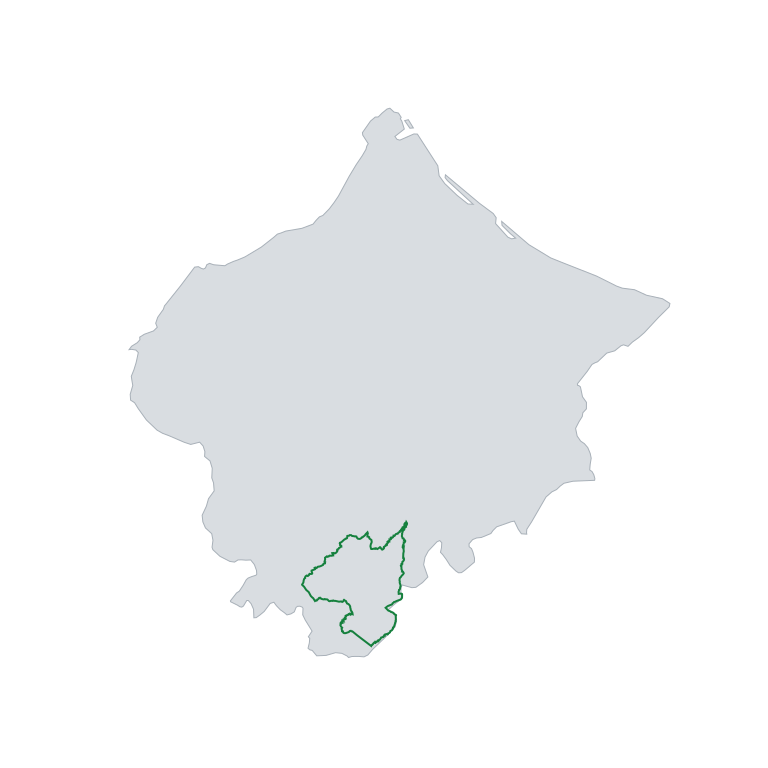 Kabadougou, Denguélé, Ivory Coast (highlighted), rotated 226°
{"feature_id": "98640826B2974603948771", "entity_name": "Kabadougou", "entity_type": "district", "adm_level": 2, "iso_a3": "CIV", "parent_name": "Ivory Coast", "parent_adm1": "Denguélé", "projection": "natural_earth1", "projection_center": [-7.327, 9.255], "detail": "fine", "context": "in_parent", "style": "outline", "palette": "green", "viewbox_px": 768, "rotation_deg": 226, "n_neighbors": 0, "source": "geoboundaries", "source_scale": "gbopen_adm2", "svg_char_len": 9745}
<svg xmlns="http://www.w3.org/2000/svg" viewBox="0 0 768 768"><g transform="rotate(226 384 384)"><path d="M211.9,168.5L214.0,168.5L219.5,166.6L224.4,162.5L229.0,153.8L235.2,146.8L242.2,147.3L244.3,146.0L246.7,145.8L249.6,150.4L252.6,153.9L254.7,154.0L256.2,160.6L269.0,163.4L274.4,165.2L279.0,170.0L280.6,170.1L282.6,169.1L284.1,167.4L284.4,165.6L282.4,161.2L283.3,157.3L285.3,153.8L288.6,153.5L293.6,152.6L299.3,152.6L303.5,153.2L305.2,149.7L303.6,139.8L304.0,134.4L304.7,129.8L306.2,128.0L312.6,133.7L318.3,135.8L322.5,136.0L323.6,134.9L321.9,128.6L322.3,126.7L323.9,125.6L326.6,125.0L333.9,122.4L334.7,122.9L336.1,132.8L335.5,136.0L337.0,142.8L338.9,149.0L338.8,151.5L337.2,155.4L335.4,159.0L335.6,160.4L338.5,162.8L344.1,165.3L350.0,165.9L353.2,162.3L356.6,159.3L358.9,156.7L359.7,152.8L363.4,149.9L374.0,146.3L383.7,145.8L386.0,146.9L390.4,152.4L396.0,156.1L404.5,155.6L410.6,157.9L415.9,162.0L419.5,171.4L423.4,178.1L425.1,187.6L431.3,192.7L436.1,194.9L442.7,201.9L449.5,205.4L456.5,204.6L459.8,208.2L465.0,210.8L470.2,211.0L474.8,203.0L480.9,199.8L496.2,193.4L502.3,190.5L508.4,188.7L523.2,188.1L536.9,190.1L543.8,191.6L548.4,190.5L552.9,194.3L557.5,202.3L561.2,204.8L565.1,207.6L567.9,213.9L571.3,220.1L573.1,222.9L577.3,229.1L580.8,229.1L584.3,226.5L585.8,224.5L586.5,228.6L585.1,235.2L585.4,239.2L587.4,240.8L586.3,246.1L582.3,255.0L582.3,260.3L586.3,262.0L589.2,267.6L591.0,277.2L592.7,280.4L592.9,282.4L595.9,305.7L599.6,329.0L597.3,332.0L594.1,332.9L592.1,334.0L591.5,336.2L592.9,339.4L592.0,342.3L588.1,344.3L579.6,351.7L579.0,354.7L576.7,361.0L574.9,364.8L572.1,372.0L567.7,390.9L566.1,406.6L565.9,411.4L564.2,414.8L562.2,419.6L553.0,433.1L548.3,444.0L548.9,448.8L549.1,453.6L547.7,457.1L548.0,466.3L549.2,474.1L550.8,481.7L557.6,503.3L561.1,516.4L563.3,526.9L565.3,534.0L567.1,536.9L567.8,539.6L577.8,541.6L579.8,543.1L582.5,556.9L582.1,563.1L580.1,565.4L580.2,570.7L579.7,577.2L578.3,579.8L572.7,580.1L568.9,582.6L563.9,581.6L563.4,580.0L560.7,579.4L553.3,575.7L554.5,563.8L551.0,563.3L548.4,564.8L543.1,579.2L540.6,581.6L503.6,574.3L495.5,568.3L485.9,566.9L469.1,567.6L455.2,569.4L451.3,573.0L486.2,570.9L490.0,571.3L491.8,573.5L447.5,578.2L430.7,581.0L425.7,580.2L421.9,575.7L403.6,575.1L399.8,576.6L397.5,580.0L404.8,579.3L416.1,579.1L419.2,581.6L383.6,585.0L358.9,591.5L348.4,596.2L313.9,611.9L292.9,619.3L287.4,622.0L277.8,629.7L265.5,634.5L251.8,643.6L243.3,645.6L241.4,642.7L241.2,627.5L240.1,607.0L240.5,599.2L241.6,591.8L241.6,585.7L245.8,583.5L246.9,580.9L247.6,573.0L251.5,565.7L251.6,553.1L252.7,550.5L253.6,547.2L251.9,538.9L249.8,523.3L248.7,522.3L247.7,523.0L245.5,523.3L236.9,517.9L230.2,516.9L225.5,512.3L225.2,507.1L222.9,504.0L221.4,498.0L219.0,491.0L212.4,486.8L206.3,485.8L201.9,486.7L196.7,486.4L190.8,484.1L186.7,481.5L182.9,476.4L179.3,472.3L176.4,472.8L173.0,471.9L169.5,470.0L168.4,468.6L182.8,452.4L187.6,444.5L188.2,439.7L188.2,434.8L189.8,429.8L190.2,422.1L182.3,394.4L180.3,385.8L178.1,383.3L176.8,382.4L180.8,378.8L186.3,379.7L194.8,382.5L196.6,379.8L203.0,365.8L202.9,360.6L202.2,357.0L206.0,347.4L208.9,343.7L210.5,339.7L210.0,334.2L207.8,332.2L204.8,332.6L201.3,331.2L195.8,328.1L193.1,325.3L193.9,312.6L194.5,308.7L196.4,306.5L199.4,305.8L207.7,305.5L214.5,306.9L220.5,307.7L223.7,307.7L226.2,311.5L229.7,315.3L232.7,315.3L233.7,312.4L233.1,299.9L231.0,293.3L226.5,287.0L214.7,281.5L214.4,273.9L215.6,265.7L218.1,262.6L226.9,257.4L225.4,254.6L222.6,251.6L217.0,248.5L218.3,238.7L218.6,229.9L213.9,230.9L209.1,231.4L205.0,228.7L201.6,223.3L200.9,208.6L201.0,191.6L200.3,184.1L201.6,180.1L205.8,176.4L210.3,171.6L211.9,168.5ZM559.1,581.8L557.2,585.1L547.8,583.0L550.0,580.3L559.1,581.8Z" fill="#d9dde1" stroke="#a8b0b8" stroke-width="1"/><path d="M269.2,304.1L268.8,303.4L269.3,302.9L269.3,302.6L268.7,302.2L269.1,301.6L268.4,300.5L267.6,300.0L267.3,299.1L267.9,298.2L268.0,297.7L267.8,297.4L267.4,297.5L267.2,297.8L267.4,298.0L266.7,297.3L267.4,297.3L267.6,297.1L267.3,295.0L266.7,294.9L266.5,295.4L266.4,295.0L266.8,294.4L266.8,293.9L267.2,293.2L267.0,292.7L266.6,292.4L267.1,291.2L266.8,289.8L267.2,289.6L267.8,288.1L267.4,286.1L267.5,285.9L267.8,286.0L267.9,285.7L268.3,285.5L267.6,284.3L267.6,283.3L268.5,282.7L268.8,282.1L268.6,281.9L268.0,281.9L267.6,281.3L267.7,280.7L268.4,280.0L267.9,279.7L267.7,278.7L267.0,278.4L267.2,278.1L268.0,277.7L268.1,277.3L268.1,276.8L267.9,276.7L267.1,276.8L267.0,276.0L267.1,274.8L266.3,274.5L266.1,274.1L266.4,273.5L266.6,273.9L266.8,274.0L266.9,273.2L266.5,272.6L266.9,270.7L266.7,270.3L266.0,270.1L265.8,269.5L265.8,268.7L266.0,267.8L266.5,267.5L266.9,267.7L267.7,267.6L268.6,267.9L269.4,267.8L269.5,267.5L269.5,266.6L269.9,264.6L270.6,264.4L271.1,263.7L271.3,264.1L271.5,264.1L273.4,261.0L274.2,260.2L274.8,260.4L276.8,261.6L278.0,263.4L278.5,264.8L279.1,265.6L280.6,266.6L282.9,266.2L283.7,266.5L284.0,266.9L284.6,266.9L285.8,266.1L287.3,267.7L287.7,268.6L288.8,269.1L288.7,266.4L288.4,265.1L288.5,263.6L288.7,263.1L288.6,262.5L288.7,261.9L289.1,261.4L288.9,260.9L289.0,260.1L289.3,259.1L289.8,258.5L291.0,257.7L292.5,257.8L293.4,258.2L293.9,258.0L294.9,256.9L295.6,256.6L296.0,256.1L297.1,255.4L298.0,255.4L298.5,255.0L299.1,254.4L299.1,253.6L300.2,252.1L298.8,250.4L299.0,249.4L299.5,248.9L299.4,248.2L299.7,247.3L299.8,243.5L300.4,242.0L300.1,241.7L300.0,241.4L299.4,241.3L298.7,240.5L297.3,240.9L296.6,240.3L297.0,239.8L297.0,238.5L297.3,237.7L297.0,237.0L297.4,235.3L297.2,235.0L296.7,235.0L296.6,234.4L296.1,234.1L296.0,233.3L296.0,231.6L296.4,230.8L296.6,230.5L297.3,230.6L298.3,229.3L296.0,228.3L297.1,226.7L298.4,225.6L298.5,225.0L298.3,224.6L298.4,224.3L298.8,223.9L299.0,223.3L299.7,223.2L300.0,220.9L298.7,219.8L297.6,217.9L296.8,218.0L296.7,217.6L296.0,217.0L296.0,216.7L296.6,216.1L296.6,215.0L296.2,214.4L297.0,211.9L297.8,210.3L298.2,210.0L298.6,209.2L298.4,208.5L298.5,207.7L298.8,207.4L299.7,207.1L299.7,206.8L299.9,206.4L298.7,205.9L298.7,205.7L300.1,202.3L299.8,201.9L297.8,201.0L297.5,200.6L297.6,200.2L298.1,199.4L299.1,198.7L299.1,197.9L298.7,197.4L298.8,195.8L299.1,195.6L299.8,195.5L300.0,195.3L300.1,193.8L299.7,192.8L299.2,192.5L299.3,191.4L298.6,189.9L297.2,188.1L296.6,185.7L296.4,185.6L293.7,185.7L289.9,185.0L286.6,185.3L282.4,184.1L280.3,184.1L279.1,184.3L275.8,183.6L275.6,184.7L275.1,184.9L274.9,185.4L275.0,185.9L275.3,186.3L275.0,186.9L274.9,188.0L275.2,188.3L275.2,188.7L274.8,189.0L274.7,189.5L274.1,189.5L273.8,189.7L273.3,189.6L272.2,190.1L270.7,191.2L270.5,192.0L269.6,192.4L269.3,192.8L268.3,193.6L266.2,193.6L265.5,194.0L264.8,195.4L263.8,196.2L263.8,196.7L263.4,197.2L263.0,197.2L261.7,198.4L258.7,200.4L257.3,202.2L256.3,202.5L256.0,203.5L256.3,204.8L256.5,205.0L256.5,205.3L255.0,205.5L254.5,205.8L254.0,205.8L253.3,205.3L252.8,205.4L252.1,205.0L251.5,205.0L250.4,205.6L248.5,205.5L247.4,205.1L246.8,204.5L245.1,203.6L244.8,203.2L243.5,202.7L242.9,202.8L241.5,202.4L240.2,201.5L241.5,200.9L241.5,200.7L241.3,200.5L241.5,200.4L241.5,200.0L241.9,200.2L242.1,199.7L242.2,200.1L242.6,200.0L242.7,199.4L243.0,199.0L242.8,198.3L243.1,198.0L243.0,197.4L243.6,196.5L243.4,195.9L243.9,195.5L243.9,195.2L243.2,194.9L243.2,194.4L242.8,193.8L243.0,193.5L242.8,193.4L242.4,193.7L242.0,193.7L241.6,193.0L242.1,192.3L242.0,192.2L241.7,192.3L242.2,192.0L242.3,191.5L242.7,191.4L242.3,190.9L242.4,190.6L242.0,190.4L242.4,190.2L242.5,189.8L242.7,190.1L243.0,189.9L242.7,189.4L242.0,189.4L242.2,188.5L241.9,188.1L242.4,187.6L242.4,187.3L242.0,187.1L241.3,187.6L241.6,186.9L241.9,186.7L241.4,186.3L241.5,185.9L241.0,185.7L240.8,185.1L239.4,184.6L237.7,184.6L237.4,183.4L236.2,182.8L235.3,182.0L234.5,182.1L234.4,182.5L233.2,182.0L232.6,182.2L231.9,182.8L231.4,183.4L230.0,186.4L230.1,187.8L229.5,188.7L228.8,188.7L228.1,189.4L222.0,190.1L204.4,192.8L204.8,193.7L204.5,194.2L204.7,194.9L204.5,195.3L204.8,196.0L204.8,197.8L204.6,198.0L204.2,197.6L203.7,197.9L203.8,198.5L204.4,198.9L203.5,199.6L203.8,201.4L203.6,201.6L203.0,201.6L203.4,202.4L203.3,202.9L203.1,203.1L203.0,203.4L203.3,205.1L203.6,205.8L202.5,207.7L202.8,208.0L202.6,208.6L203.0,209.3L202.6,209.7L203.1,209.9L203.2,210.6L202.7,211.2L202.6,211.9L202.1,212.4L201.3,212.7L201.3,213.0L201.7,213.6L201.4,214.3L201.2,215.7L201.9,217.1L201.4,218.4L201.5,219.4L201.9,220.1L201.8,220.6L202.6,221.3L202.4,222.0L202.5,222.6L204.4,226.2L204.7,226.4L205.2,227.7L205.8,228.0L206.2,228.8L208.7,231.0L209.2,231.9L209.6,231.8L209.8,232.1L211.3,231.6L212.3,231.8L213.9,231.5L215.0,230.7L215.6,230.8L218.1,229.7L221.9,229.7L221.7,231.9L221.4,233.2L220.9,234.0L220.7,234.9L220.0,236.3L220.0,237.1L220.3,237.9L220.1,238.9L220.2,239.9L219.6,240.7L219.3,242.0L217.4,246.3L217.5,247.5L218.0,248.8L220.0,250.8L220.5,251.1L221.0,250.9L221.8,250.2L222.8,248.8L224.4,250.1L224.9,251.1L225.5,251.9L225.3,252.4L225.5,253.2L226.7,254.6L227.0,255.4L227.8,256.1L230.1,257.2L231.1,258.3L231.8,258.6L232.8,259.6L233.5,260.8L233.4,261.8L233.8,263.5L233.8,265.6L234.2,266.8L235.5,267.2L236.5,266.7L236.8,267.3L238.6,267.9L240.7,269.8L241.2,269.7L241.6,269.9L241.6,271.0L242.2,271.2L242.5,271.6L242.4,271.9L242.0,272.3L243.3,273.7L243.2,274.8L243.6,276.2L244.1,276.4L244.3,276.9L245.8,277.6L245.9,277.3L246.3,277.7L248.7,280.2L250.0,282.1L251.7,283.4L252.2,284.0L252.4,283.7L253.8,284.1L253.9,284.5L253.3,285.0L253.5,285.5L253.8,285.3L254.5,285.3L254.6,285.9L255.0,286.1L255.0,286.6L256.1,287.9L255.8,288.5L256.2,289.3L255.9,289.4L256.1,290.0L256.4,290.3L257.1,290.3L257.3,289.9L257.5,289.7L257.8,290.5L258.9,290.5L259.2,290.7L259.5,290.5L259.8,290.5L260.1,290.2L261.0,290.7L262.1,291.1L262.5,291.6L262.8,291.9L263.2,292.6L263.9,293.1L264.3,294.1L265.0,294.7L265.1,295.4L265.5,295.7L265.2,296.2L265.2,297.4L265.6,297.6L265.8,298.5L266.4,299.1L266.4,299.9L266.0,300.3L265.9,300.6L266.7,301.2L266.8,302.2L267.1,303.0L267.8,303.8L269.2,304.1Z" fill="none" stroke="#15803d" stroke-width="2"/></g></svg>